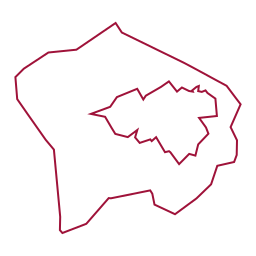 outline of Roanoke, Virginia, United States of America
{"feature_id": "52423323B87249104839261", "entity_name": "Roanoke", "entity_type": "district", "adm_level": 2, "iso_a3": "USA", "parent_name": "United States of America", "parent_adm1": "Virginia", "projection": "albers", "projection_center": [-80.006, 37.266], "detail": "fine", "context": "isolated", "style": "outline", "palette": "rose", "viewbox_px": 256, "rotation_deg": 0, "n_neighbors": 0, "source": "geoboundaries", "source_scale": "gbopen_adm2", "svg_char_len": 994}
<svg xmlns="http://www.w3.org/2000/svg" viewBox="0 0 256 256"><path d="M15.4,77.1L17.2,99.1L27.7,114.2L45.7,139.8L53.9,149.6L60.2,216.9L59.9,230.1L62.4,233.0L86.3,223.8L108.7,198.1L110.9,198.3L150.2,190.4L152.3,193.7L154.5,204.6L175.0,214.2L196.5,198.4L211.1,184.3L217.3,165.8L234.1,162.0L236.7,155.0L237.0,140.3L230.6,127.1L240.6,104.3L236.4,98.8L226.6,85.8L215.1,79.6L192.8,67.5L184.1,62.9L121.8,32.5L115.6,23.0L76.4,49.7L48.4,52.5L23.8,68.7L15.4,77.1ZM143.3,99.5L145.8,95.7L161.0,86.9L168.9,81.4L177.0,91.6L181.9,87.5L189.0,91.0L192.8,91.6L192.2,90.4L196.5,86.9L198.8,86.0L198.2,91.1L201.8,91.9L205.5,90.4L207.5,93.0L215.4,98.6L216.9,116.0L199.1,117.9L206.0,127.5L208.4,133.7L198.2,144.4L195.4,155.6L189.2,153.9L179.1,164.1L170.4,152.3L169.0,151.2L165.0,152.2L156.1,137.2L151.7,141.1L150.3,139.4L139.7,142.9L135.1,137.4L137.3,130.0L127.8,137.1L115.3,133.9L111.6,127.9L105.1,116.8L90.9,113.9L110.2,106.8L116.9,97.1L137.2,88.8L143.3,99.5Z" fill="none" stroke="#9f1239" stroke-width="2"/></svg>